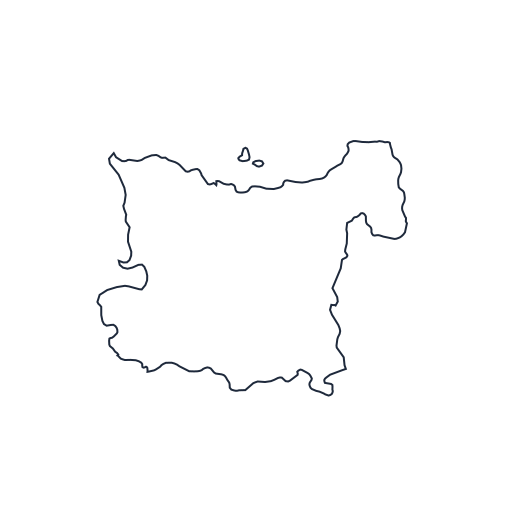 the border of Navarra, rotated 242°
{"feature_id": "ESP-5837", "entity_name": "Navarra", "entity_type": "Autonomous Community", "adm_level": 1, "iso_a3": "ESP", "parent_name": "Spain", "parent_adm1": "", "projection": "albers", "projection_center": [-1.621, 42.607], "detail": "fine", "context": "isolated", "style": "outline", "palette": "slate", "viewbox_px": 512, "rotation_deg": 242, "n_neighbors": 0, "source": "natural_earth", "source_scale": "10m", "svg_char_len": 5206}
<svg xmlns="http://www.w3.org/2000/svg" viewBox="0 0 512 512"><g transform="rotate(242 256 256)"><path d="M233.2,87.1L233.6,88.1L235.5,87.8L237.6,86.7L241.5,86.2L245.1,84.7L246.7,84.9L250.1,86.5L251.9,87.8L251.9,88.9L251.4,90.4L251.7,92.6L253.0,96.8L253.8,97.9L256.0,98.9L258.0,99.2L260.2,98.9L262.2,97.8L263.2,95.6L264.6,91.4L267.3,89.8L270.8,89.9L276.4,91.6L283.8,95.5L285.8,95.1L287.8,94.4L289.9,94.4L295.1,99.7L295.8,108.7L293.9,118.5L291.2,126.3L288.9,129.4L281.5,137.3L280.1,139.4L282.3,144.7L285.6,148.4L289.6,150.7L293.9,151.9L298.9,152.3L301.9,151.3L303.4,148.0L303.8,141.5L305.1,136.6L308.1,133.1L312.2,131.5L316.2,132.6L312.5,135.9L311.0,139.1L311.8,142.4L314.9,145.9L318.3,147.9L328.7,149.7L334.9,153.1L340.7,157.9L347.5,157.2L349.0,157.8L352.0,159.7L353.4,160.8L359.6,161.6L362.6,162.4L364.8,165.0L371.1,169.6L378.0,171.8L392.3,172.9L406.1,170.3L410.9,171.9L413.6,178.7L408.9,178.8L402.7,182.3L401.5,184.3L400.9,186.1L401.0,187.8L400.4,189.3L395.6,195.8L394.9,198.1L394.5,200.1L394.8,203.9L393.8,211.2L392.0,215.4L390.2,216.9L387.9,218.1L386.8,219.1L385.4,222.2L381.7,223.9L376.9,228.6L374.6,230.2L372.3,231.3L363.8,233.7L362.5,235.2L362.0,237.0L362.2,238.6L361.9,240.4L361.0,243.6L360.3,245.1L358.3,246.2L354.6,246.3L352.9,245.9L342.1,247.3L340.9,248.7L340.5,250.3L340.4,251.7L340.3,252.9L338.5,253.8L337.2,254.2L337.9,254.8L340.7,256.1L340.4,257.0L339.4,258.5L335.0,261.3L333.0,263.6L331.7,265.7L331.3,267.8L330.1,268.9L328.8,269.7L327.2,270.0L324.0,269.0L321.9,269.1L320.6,270.2L319.4,271.9L318.2,274.3L317.5,276.2L317.1,278.1L317.3,279.7L317.8,281.0L318.7,282.5L319.0,283.4L319.2,285.2L318.0,287.8L315.3,292.0L310.6,296.7L306.8,303.1L305.7,307.4L305.2,310.0L305.5,311.8L306.1,313.4L307.4,314.2L308.3,315.5L308.8,317.0L308.2,319.0L302.8,325.6L299.2,331.2L298.0,334.4L297.2,336.9L297.1,338.7L296.2,342.6L295.5,345.0L294.1,348.4L293.4,350.8L293.3,352.9L293.6,354.7L294.3,356.5L295.4,357.9L296.3,359.5L297.0,361.3L297.2,363.4L297.4,368.2L297.6,370.2L297.5,373.6L297.8,375.3L298.8,376.8L301.3,379.2L302.2,380.7L302.9,382.3L303.4,384.0L304.3,385.6L305.4,387.1L306.9,387.9L308.6,388.4L310.3,388.4L311.7,389.5L312.4,391.6L311.8,395.8L310.6,398.1L306.9,403.2L303.6,408.9L301.2,414.6L300.1,416.4L299.6,418.8L297.6,421.5L295.9,423.2L294.9,425.6L293.9,426.8L293.0,427.3L291.7,426.8L288.4,426.0L286.6,425.8L281.3,424.1L280.0,424.0L278.7,424.2L277.7,424.6L274.9,426.2L271.5,426.9L269.8,426.9L268.1,426.7L264.8,425.4L261.9,423.4L260.7,422.1L258.7,419.3L257.4,418.0L256.0,417.0L252.8,415.4L249.6,414.3L247.9,414.7L244.5,416.3L242.7,416.5L241.0,416.0L237.5,414.7L235.9,413.7L234.5,412.5L232.3,409.5L230.9,408.2L229.4,407.3L227.8,406.7L220.8,406.1L219.2,406.3L217.2,405.2L216.9,404.9L216.5,404.7L216.0,404.5L214.0,404.6L207.0,398.7L205.8,396.2L205.1,393.7L204.9,391.6L205.1,389.7L205.4,387.9L206.1,386.2L213.3,377.6L216.0,375.0L217.1,373.6L217.8,372.0L218.3,370.4L219.3,369.2L221.0,368.9L222.8,369.1L225.0,370.3L226.7,370.8L228.3,370.6L232.0,369.0L233.7,369.0L235.5,369.6L239.4,371.6L241.2,371.5L242.9,371.0L244.0,369.9L244.4,368.4L243.6,366.6L243.2,364.1L243.3,362.9L243.6,362.2L243.8,361.6L243.9,360.6L243.3,359.1L242.2,357.2L242.4,352.0L236.9,348.2L233.2,347.1L224.4,342.0L220.0,338.0L218.3,336.8L217.2,336.7L214.4,337.1L213.3,336.8L212.4,335.2L212.4,333.3L212.5,331.4L212.2,330.1L205.3,325.0L191.7,308.4L181.6,308.4L177.4,306.8L174.9,303.0L175.8,302.4L176.6,300.8L177.5,299.6L173.7,296.1L168.5,295.5L156.4,296.3L152.9,295.9L150.2,295.1L148.0,293.3L145.9,290.3L144.3,288.7L139.1,285.0L137.2,284.3L125.4,285.9L118.0,282.9L114.1,282.3L114.7,278.6L116.4,265.7L115.7,261.0L115.3,259.3L114.4,258.0L113.0,257.5L111.6,257.3L107.8,262.2L106.3,262.9L104.9,262.3L102.1,260.7L100.7,260.4L99.5,259.4L98.6,258.1L98.4,256.4L98.7,254.6L101.3,252.2L102.8,251.3L106.4,248.4L108.7,245.8L112.3,242.9L114.0,242.3L115.7,242.4L117.2,242.7L118.2,243.3L119.0,244.1L120.5,246.8L121.7,247.8L124.9,247.8L126.7,247.5L128.5,246.6L133.9,243.0L134.9,241.8L134.9,239.6L134.4,238.1L132.4,237.6L131.5,236.9L130.0,227.5L130.1,225.5L131.6,223.4L136.5,221.7L137.5,220.2L138.0,218.1L138.1,214.0L138.5,210.4L140.5,204.8L144.4,198.6L144.8,196.1L145.0,193.9L142.6,183.6L145.4,178.0L145.7,176.6L146.4,175.0L147.6,173.5L149.6,171.5L152.0,171.0L155.2,172.5L156.8,172.9L160.3,172.5L162.2,172.5L164.2,172.3L166.0,171.6L167.7,170.0L171.1,165.3L172.8,164.3L177.8,163.3L179.3,162.2L180.5,160.7L181.0,158.3L181.1,156.3L180.7,154.5L180.9,152.6L181.6,150.4L183.1,147.3L185.6,142.9L194.7,136.5L197.1,135.3L199.4,133.5L201.4,131.4L204.0,126.3L204.2,123.5L204.0,121.2L203.3,119.6L203.1,117.9L202.8,114.1L202.9,112.2L204.3,107.0L204.7,105.8L205.8,106.5L208.2,107.5L209.2,107.4L209.9,106.9L209.9,105.6L210.2,104.3L211.2,103.6L212.7,104.1L213.9,104.8L215.7,104.6L218.1,103.1L220.4,100.9L223.2,96.4L225.7,91.4L227.4,89.7L228.9,88.4L233.1,87.2L233.2,87.1ZM349.4,286.1L350.7,286.3L351.4,288.2L351.5,291.0L353.2,292.0L355.1,294.0L356.5,295.2L356.5,297.5L355.0,298.5L352.9,298.3L349.0,297.5L346.3,296.7L344.4,295.1L344.5,292.7L345.4,290.2L346.1,288.6L348.2,286.4L349.4,286.1ZM339.0,296.6L340.0,297.6L340.0,300.2L338.7,303.7L336.8,305.7L334.2,305.9L333.0,303.7L333.5,300.6L334.9,299.0L337.3,297.8L339.0,296.6Z" fill="none" stroke="#1e293b" stroke-width="2"/></g></svg>